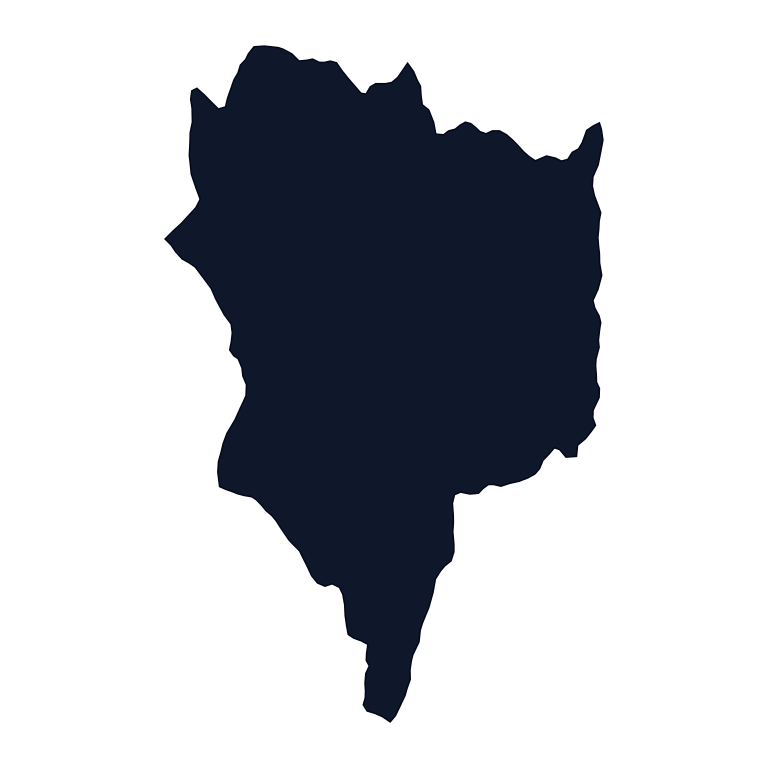 Campos Novos Paulista, São Paulo, Brazil
{"feature_id": "56859067B51677967668547", "entity_name": "Campos Novos Paulista", "entity_type": "district", "adm_level": 2, "iso_a3": "BRA", "parent_name": "Brazil", "parent_adm1": "São Paulo", "projection": "equal_earth", "projection_center": [-50.01, -22.637], "detail": "fine", "context": "isolated", "style": "filled", "palette": "ink", "viewbox_px": 768, "rotation_deg": 0, "n_neighbors": 0, "source": "geoboundaries", "source_scale": "gbopen_adm2", "svg_char_len": 2972}
<svg xmlns="http://www.w3.org/2000/svg" viewBox="0 0 768 768"><path d="M283.3,49.3L278.3,47.6L271.9,46.9L264.3,46.1L254.0,46.8L248.5,53.7L245.6,59.6L240.4,65.1L238.0,73.0L233.9,80.0L230.7,89.3L227.6,98.1L225.5,106.9L218.4,109.0L212.5,103.2L208.6,99.3L204.3,94.9L196.9,88.3L191.8,90.9L190.7,99.3L192.1,108.3L192.4,122.1L190.2,132.7L190.0,141.5L189.7,148.4L189.3,155.3L190.2,163.2L191.3,174.1L195.9,187.7L200.2,199.2L195.9,207.6L190.2,213.8L181.5,223.3L173.1,231.0L165.1,239.0L171.2,245.1L175.5,251.6L182.1,258.9L188.8,262.6L195.2,267.0L200.1,273.5L206.3,281.8L211.2,288.4L215.5,298.3L219.6,306.2L224.2,314.6L231.2,324.1L232.3,332.9L231.3,341.9L229.7,349.9L233.7,355.7L238.2,358.7L242.0,368.0L242.9,376.1L246.5,384.7L246.0,395.8L243.4,401.6L240.5,407.7L235.1,419.7L226.9,433.5L223.1,443.8L221.2,452.0L218.5,461.5L217.8,472.0L219.6,486.6L226.1,489.5L231.8,491.4L237.2,493.6L243.8,495.4L251.9,496.8L256.4,499.8L261.6,505.2L266.0,510.6L272.0,515.7L276.3,520.9L280.1,527.0L285.3,534.6L289.1,540.2L293.1,544.4L299.6,550.9L303.2,558.3L307.0,565.8L311.6,575.7L317.5,583.0L325.0,586.2L332.1,583.8L339.5,587.4L342.8,594.3L344.7,604.8L345.2,615.7L346.6,625.5L348.2,634.5L353.9,638.2L361.2,640.8L367.9,644.4L366.6,653.2L366.3,660.4L369.3,666.0L365.8,673.5L365.0,683.3L365.5,690.6L365.3,697.8L363.3,704.8L367.1,711.0L374.2,713.1L382.0,716.4L390.2,721.9L395.4,715.7L399.6,707.0L405.1,695.3L407.0,688.5L410.2,679.4L410.0,669.8L411.3,660.9L412.9,654.6L419.0,641.9L420.2,630.3L422.4,623.1L425.7,615.0L428.7,607.8L433.0,592.5L435.4,579.0L440.4,571.1L444.6,566.0L451.0,560.9L453.9,551.8L453.9,544.4L452.8,531.8L453.4,522.6L453.3,515.8L452.4,503.3L454.5,494.7L460.5,492.1L469.9,494.0L478.4,493.3L483.0,488.5L488.4,484.5L493.6,484.5L500.9,486.2L509.5,483.4L519.3,481.2L528.4,477.6L535.0,473.9L539.6,468.5L542.9,460.4L548.8,454.3L554.3,447.8L559.6,449.5L566.0,457.1L576.5,456.4L577.6,445.2L585.5,438.6L591.2,431.4L595.5,425.3L592.8,417.9L593.1,410.2L599.1,397.5L599.4,388.4L596.5,382.3L596.3,375.0L595.6,365.9L596.0,359.1L599.1,347.3L598.4,340.4L599.6,329.6L600.7,322.7L599.1,316.0L594.8,308.1L592.9,300.4L598.0,289.2L601.7,275.3L599.6,263.0L599.4,253.5L598.5,245.6L597.9,237.5L598.8,228.0L599.1,221.2L600.7,212.7L598.3,206.1L594.3,195.4L592.3,186.2L592.9,176.8L598.1,165.0L600.7,152.0L602.9,140.1L601.4,129.5L599.4,122.9L593.4,125.8L586.7,130.4L582.3,142.6L578.5,149.0L572.3,152.3L567.8,159.4L561.4,161.1L555.4,158.1L546.5,156.0L535.3,160.8L528.8,156.4L523.4,151.6L518.3,145.9L512.2,139.7L506.3,134.6L499.5,130.9L492.3,130.9L486.0,133.8L479.8,131.6L475.7,127.6L470.8,123.6L465.4,122.2L460.2,125.1L455.2,129.2L448.6,130.9L443.6,134.8L435.8,134.1L433.6,122.2L428.7,109.9L422.3,104.8L421.1,96.3L420.4,86.2L417.1,80.0L413.6,71.6L407.6,63.2L397.8,77.4L391.8,82.5L385.4,83.7L375.7,83.7L370.3,86.8L366.0,94.1L360.9,93.2L348.1,78.4L342.1,70.9L336.5,62.8L330.3,61.1L324.6,62.4L319.4,62.4L312.6,59.1L306.9,60.3L299.0,61.0L292.0,54.0L283.3,49.3Z" fill="#0f172a" stroke="#020617" stroke-width="1.5"/></svg>